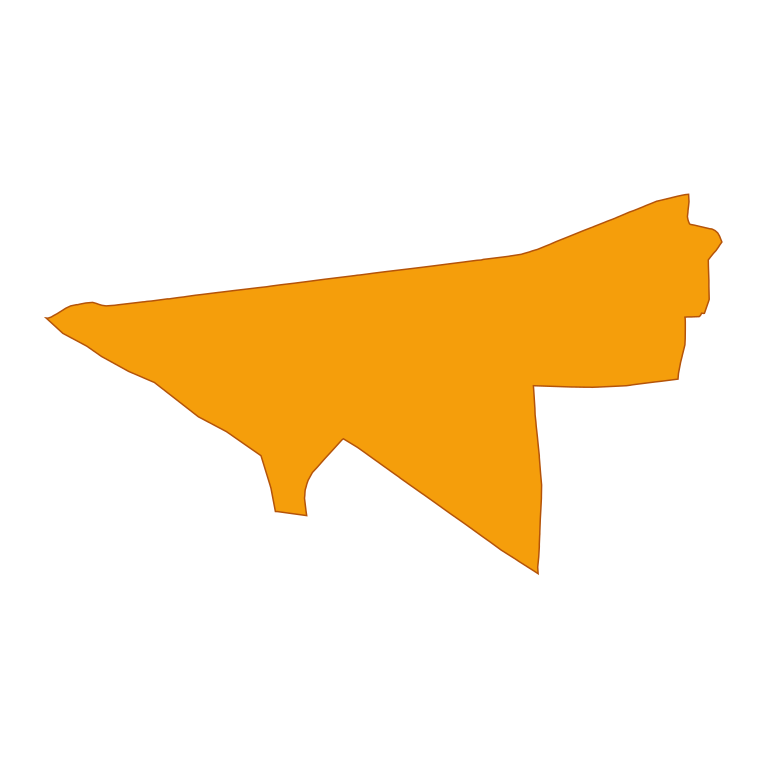 the district of Al Wehdah, Amanat Al Asimah, Yemen
{"feature_id": "15242507B40413338286185", "entity_name": "Al Wehdah", "entity_type": "district", "adm_level": 2, "iso_a3": "YEM", "parent_name": "Yemen", "parent_adm1": "Amanat Al Asimah", "projection": "albers", "projection_center": [44.192, 15.335], "detail": "fine", "context": "isolated", "style": "filled", "palette": "amber", "viewbox_px": 768, "rotation_deg": 0, "n_neighbors": 0, "source": "geoboundaries", "source_scale": "gbopen_adm2", "svg_char_len": 3199}
<svg xmlns="http://www.w3.org/2000/svg" viewBox="0 0 768 768"><path d="M629.6,212.0L612.7,219.2L607.0,221.3L604.9,222.2L587.9,228.9L585.8,229.7L582.5,231.0L575.6,233.8L571.4,235.5L567.7,237.0L556.4,241.5L549.1,244.7L545.8,246.0L542.4,247.4L537.5,249.4L533.0,250.7L531.4,251.2L529.6,251.9L528.1,252.3L523.2,253.7L521.3,254.3L511.6,255.8L510.0,256.0L509.3,256.2L503.1,257.0L489.3,258.7L483.3,259.4L481.2,260.0L476.9,260.3L466.8,261.6L464.0,262.0L449.6,263.8L433.3,265.9L420.4,267.5L410.5,268.7L386.9,271.5L382.1,272.1L373.3,273.2L369.7,273.7L369.0,273.8L359.8,275.0L357.3,275.2L354.7,275.6L332.6,278.3L324.3,279.3L305.3,281.8L298.2,282.7L294.4,283.2L281.5,284.7L270.9,286.1L266.4,286.8L258.1,287.7L253.2,288.3L252.2,288.4L249.0,288.8L233.6,290.6L219.8,292.3L218.7,292.4L201.0,294.6L195.7,295.2L192.1,295.7L185.8,296.6L184.1,296.9L178.8,297.5L170.9,298.6L169.2,298.9L167.2,298.9L165.0,299.2L151.6,301.0L146.8,301.4L144.3,301.8L142.8,301.9L137.8,302.5L118.2,304.8L114.6,305.3L108.8,305.7L106.2,305.9L104.7,305.7L101.9,305.3L98.9,304.4L96.2,303.4L92.6,302.4L85.8,303.0L80.0,304.1L77.6,304.7L76.5,304.7L70.7,305.9L65.8,308.2L57.1,313.7L53.4,315.7L51.5,316.9L50.5,317.3L47.9,318.2L46.1,318.0L62.9,333.4L86.7,346.1L101.4,356.4L128.6,371.4L152.8,381.8L154.3,382.4L198.4,416.8L226.4,431.6L261.0,455.7L269.9,484.6L271.0,488.4L275.4,511.5L277.7,511.6L292.1,513.6L302.4,515.0L306.7,515.6L306.0,510.9L304.6,499.1L304.5,498.2L304.8,495.5L304.9,493.4L305.1,490.7L305.3,489.5L306.2,486.5L306.7,484.4L308.1,480.3L312.4,472.5L317.5,467.0L319.6,464.6L323.7,459.9L325.5,457.9L332.3,450.5L342.0,439.8L343.4,438.8L349.3,442.4L354.4,445.5L357.5,447.4L360.2,449.3L392.4,472.4L398.8,476.9L400.4,478.2L411.4,486.0L412.3,486.6L421.2,492.9L424.0,494.8L445.1,509.9L450.4,513.7L462.0,521.8L464.7,523.7L482.4,536.5L486.9,539.7L489.5,541.5L501.2,550.1L506.9,553.7L514.2,558.3L519.2,561.6L536.6,572.7L538.1,573.7L537.7,567.1L538.7,557.2L538.8,555.5L539.3,546.9L539.3,544.2L539.7,535.1L539.8,534.1L539.8,532.2L540.3,519.0L540.9,508.2L541.4,498.2L541.4,497.3L541.4,496.3L541.6,485.0L540.7,475.0L539.3,457.3L539.3,455.8L537.8,441.2L537.5,437.9L536.2,426.0L535.9,422.2L535.1,414.8L534.9,408.6L533.9,393.0L533.4,385.7L572.2,387.0L574.3,387.0L585.7,387.2L590.3,387.2L592.2,387.3L593.8,387.2L597.2,387.1L614.5,386.3L626.5,385.7L630.3,385.2L632.5,384.8L636.3,384.3L655.4,381.9L660.9,381.3L678.0,379.1L678.5,373.3L680.6,362.3L682.1,356.3L682.3,355.3L683.2,351.8L684.9,344.9L685.2,338.8L685.3,329.3L685.3,324.6L685.3,323.1L685.3,322.0L685.2,318.7L684.9,317.2L687.4,316.9L691.9,316.9L693.5,316.8L699.2,316.6L700.2,315.7L701.0,314.5L701.5,313.2L702.5,313.3L703.4,313.4L704.4,313.3L704.9,312.0L708.8,300.7L709.2,299.3L708.9,286.4L708.9,280.6L708.8,277.9L708.4,266.2L708.3,259.9L710.5,257.0L713.5,253.3L716.0,250.6L718.6,246.9L719.7,245.1L721.9,242.0L720.4,238.3L719.6,236.2L717.7,232.9L715.1,230.6L712.4,229.2L711.3,228.9L709.9,228.8L694.6,225.2L690.4,224.4L689.5,223.8L688.6,221.7L687.9,219.5L687.4,216.6L687.9,212.4L688.0,210.6L688.6,205.6L689.0,201.7L688.6,194.3L685.5,194.6L682.3,195.2L677.6,196.2L658.2,200.9L656.7,201.2L652.1,203.1L645.8,205.6L642.6,207.0L633.1,210.8L629.6,212.0Z" fill="#f59e0b" stroke="#b45309" stroke-width="1.5"/></svg>